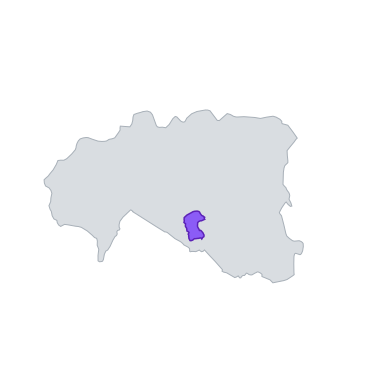 Zoundwéogo highlighted on a map of Burkina Faso, rotated 33°
{"feature_id": "BFA-2831", "entity_name": "Zoundwéogo", "entity_type": "Province", "adm_level": 1, "iso_a3": "BFA", "parent_name": "Burkina Faso", "parent_adm1": "", "projection": "natural_earth1", "projection_center": [-0.901, 11.547], "detail": "fine", "context": "in_parent", "style": "filled", "palette": "violet", "viewbox_px": 384, "rotation_deg": 33, "n_neighbors": 0, "source": "natural_earth", "source_scale": "10m", "svg_char_len": 4081}
<svg xmlns="http://www.w3.org/2000/svg" viewBox="0 0 384 384"><g transform="rotate(33 192 192)"><path d="M273.7,240.5L265.1,240.9L262.0,242.0L260.2,242.0L260.1,241.1L259.9,240.6L249.2,237.6L241.6,235.8L234.0,233.8L233.6,235.7L232.5,236.9L230.8,236.9L229.7,236.7L228.9,238.1L227.6,240.0L225.9,240.9L224.1,242.0L223.2,243.0L222.5,243.1L220.7,240.7L218.4,240.4L214.0,240.8L212.1,240.2L209.4,239.9L203.2,240.4L193.1,239.4L191.5,239.9L191.0,240.3L181.1,240.5L170.1,240.6L161.0,240.7L152.9,240.8L152.9,240.4L150.4,240.3L150.1,241.1L147.8,250.7L147.5,255.9L148.7,259.2L150.1,261.2L151.6,262.1L151.8,263.3L150.5,264.8L150.6,266.3L152.1,267.9L152.4,269.6L151.7,271.3L151.9,275.5L152.9,282.2L152.9,286.6L151.9,288.5L152.4,291.9L154.4,296.7L154.7,298.7L154.0,299.6L152.4,300.9L150.7,300.9L148.8,298.0L147.9,296.7L146.4,293.7L145.0,290.8L143.2,289.5L141.5,288.3L139.3,284.6L137.3,282.8L135.1,283.3L131.9,282.6L125.4,281.7L118.5,281.9L115.6,282.8L112.8,284.2L105.6,287.2L102.7,288.6L100.6,292.4L98.1,292.3L95.7,291.1L94.1,289.4L90.9,289.8L87.7,288.1L84.6,284.9L82.4,283.8L79.5,281.4L78.7,277.0L76.9,273.8L75.2,269.4L72.8,267.5L69.9,266.4L65.9,266.7L63.3,264.9L61.3,262.3L61.8,260.1L62.7,257.0L62.9,254.0L63.5,249.0L63.2,242.9L62.4,238.6L64.6,236.8L67.2,235.2L68.8,232.3L70.4,225.8L71.1,220.1L70.6,218.0L69.8,216.4L69.1,213.9L68.8,211.0L69.3,208.4L71.2,206.0L73.6,203.9L75.3,203.0L79.8,202.0L85.5,200.5L88.7,198.8L91.1,197.1L92.5,195.8L93.8,193.0L96.0,190.9L97.7,188.7L98.0,182.7L98.0,179.3L96.7,177.4L96.0,175.8L104.4,171.2L104.5,167.8L103.3,164.2L101.7,161.2L101.1,158.6L103.4,155.6L105.5,153.3L107.0,151.4L110.3,148.5L113.7,147.7L116.8,148.8L125.9,155.7L127.5,156.2L129.4,155.6L131.8,153.8L135.0,152.4L136.1,147.8L136.0,140.9L136.8,137.8L138.4,137.3L143.7,138.6L145.0,138.6L146.6,138.2L147.7,137.0L147.6,134.8L147.4,132.9L149.1,126.6L152.3,121.8L158.6,115.9L160.6,114.7L162.9,114.1L174.2,118.2L176.0,117.2L178.8,107.1L181.9,106.1L185.6,105.9L188.0,105.1L189.2,104.4L194.6,100.5L204.1,95.3L209.2,93.1L210.2,92.2L213.9,88.5L218.7,84.3L221.8,83.4L226.1,83.1L228.8,83.8L229.5,85.0L230.4,85.6L236.0,83.8L244.0,86.7L250.9,89.5L250.5,91.3L250.4,94.5L249.8,99.5L249.2,105.5L252.0,109.4L255.4,113.6L256.4,115.2L255.5,119.3L256.1,121.7L257.9,125.7L261.0,130.8L264.2,136.1L266.4,136.8L268.4,137.2L269.7,138.2L271.6,139.1L273.4,139.7L275.0,140.8L276.0,141.9L277.3,145.2L280.9,147.3L283.4,149.4L282.4,150.5L279.3,150.1L276.4,149.1L276.0,150.7L275.9,156.6L276.4,161.6L277.1,162.2L280.0,163.2L287.0,169.6L293.3,175.7L295.5,177.3L299.0,177.9L302.9,178.1L304.6,177.5L308.4,174.5L310.4,174.1L312.2,174.2L313.3,174.7L315.1,177.2L316.8,181.0L317.3,183.8L317.1,185.3L316.6,185.8L313.5,186.6L312.1,187.1L311.8,187.9L312.3,189.8L312.9,191.0L316.3,196.5L321.2,203.8L322.7,205.7L321.9,207.9L319.4,213.6L317.5,216.0L309.3,224.1L305.2,223.2L296.7,224.8L295.5,222.9L293.5,222.7L291.0,223.0L290.1,223.7L289.8,224.5L289.0,225.7L287.4,228.9L286.2,229.7L284.7,230.2L282.8,230.1L281.7,230.5L281.7,232.1L281.4,233.5L280.2,234.2L279.6,235.8L279.7,237.3L279.0,238.0L277.4,237.6L276.4,237.2L275.5,239.2L274.4,240.5L273.7,240.5Z" fill="#d9dde1" stroke="#a8b0b8" stroke-width="1"/><path d="M214.5,206.1L215.1,206.4L215.6,206.4L216.0,206.2L216.4,206.3L216.6,207.2L216.8,207.6L217.1,207.9L217.5,208.0L215.6,211.0L214.7,211.6L213.8,213.0L213.4,214.5L215.2,217.7L216.2,218.5L217.8,219.2L219.2,220.2L220.0,219.5L220.7,219.5L223.2,220.2L223.8,220.5L224.2,220.8L225.3,221.4L225.7,221.8L226.3,223.0L225.7,224.4L225.8,225.4L225.8,226.1L224.8,225.7L223.8,226.1L222.9,227.2L221.7,228.1L220.5,229.2L219.6,229.7L219.2,230.5L218.9,231.7L218.5,232.4L218.2,232.7L217.7,233.4L216.8,233.8L214.8,232.7L214.0,231.7L213.5,231.2L212.9,230.2L212.2,229.6L211.7,229.4L211.7,228.3L211.4,227.5L210.4,227.3L209.4,227.6L208.7,227.1L207.5,225.6L206.7,225.0L205.7,224.7L205.0,224.2L204.4,223.1L203.8,222.1L202.7,222.1L201.8,221.9L201.5,220.9L200.9,219.9L200.5,219.6L199.4,217.7L200.3,214.1L203.0,209.1L203.4,208.2L204.5,206.9L206.7,205.2L208.4,204.6L209.4,204.8L210.7,205.6L212.9,206.4L214.5,206.1Z" fill="#8b5cf6" stroke="#5b21b6" stroke-width="1.5"/></g></svg>